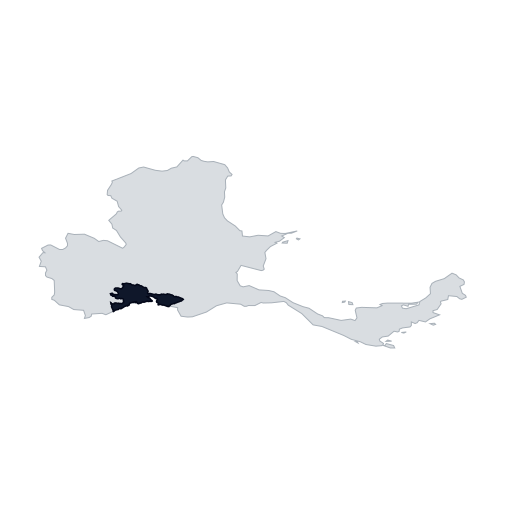 Thailand, with Tak highlighted, rotated 279°
{"feature_id": "THA-404", "entity_name": "Tak", "entity_type": "Province", "adm_level": 1, "iso_a3": "THA", "parent_name": "Thailand", "parent_adm1": "", "projection": "equal_earth", "projection_center": [98.786, 16.488], "detail": "fine", "context": "in_parent", "style": "filled", "palette": "ink", "viewbox_px": 512, "rotation_deg": 279, "n_neighbors": 0, "source": "natural_earth", "source_scale": "10m", "svg_char_len": 9213}
<svg xmlns="http://www.w3.org/2000/svg" viewBox="0 0 512 512"><g transform="rotate(279 256 256)"><path d="M225.9,45.0L226.2,47.0L227.9,44.3L230.0,43.0L234.3,48.9L234.8,51.5L231.7,60.9L232.2,64.1L234.2,66.7L236.6,68.2L239.1,67.8L243.8,65.1L249.0,66.8L248.8,73.1L250.7,83.1L248.2,93.4L245.7,98.4L247.6,102.9L247.8,107.0L242.8,123.0L243.9,124.2L247.0,126.0L248.4,125.4L253.6,119.1L259.4,114.2L261.2,110.1L264.9,108.7L268.2,105.0L275.8,111.5L277.8,112.1L278.8,113.2L279.2,115.8L280.2,116.3L283.3,112.6L288.4,110.3L290.5,104.7L292.9,103.1L292.6,100.4L293.4,99.4L297.6,99.1L304.1,102.0L306.4,102.6L307.5,101.9L317.9,119.7L324.6,126.5L326.3,131.1L324.9,143.1L325.1,149.9L326.6,155.1L329.5,158.7L331.6,163.9L339.3,168.9L338.7,170.2L339.2,173.4L344.1,177.1L344.5,178.4L344.0,183.2L341.8,186.9L341.4,189.9L341.4,193.6L342.7,199.3L341.3,210.9L338.5,214.2L334.8,216.5L332.8,219.6L331.2,218.9L330.5,215.6L326.4,213.9L318.5,215.5L314.5,214.8L309.2,215.9L304.1,215.4L301.0,214.1L292.4,216.6L288.8,218.9L286.2,222.3L282.4,230.8L278.5,236.1L278.5,238.2L273.6,239.5L273.9,246.8L276.8,254.8L277.7,264.8L283.2,271.8L282.2,276.8L282.9,281.6L287.2,292.8L284.1,287.5L283.4,283.9L279.8,278.3L278.6,281.1L274.3,276.9L272.5,272.8L271.9,274.6L267.6,268.8L263.3,265.6L260.9,264.2L254.9,266.3L247.3,264.7L244.3,266.2L243.1,265.2L242.4,263.5L244.4,242.7L237.8,240.1L236.7,238.7L235.3,240.3L228.8,241.2L224.1,245.0L223.5,248.1L225.7,253.9L223.0,264.2L223.9,273.9L223.5,279.3L220.3,286.1L219.4,291.5L215.7,299.8L213.3,310.4L212.7,316.5L208.4,325.9L207.3,331.1L205.8,333.1L206.4,337.3L205.7,350.2L208.5,359.5L207.7,363.9L210.7,365.4L217.9,362.5L220.3,363.2L221.8,368.3L223.7,383.6L226.7,388.3L227.5,386.0L228.9,388.4L230.0,393.0L233.8,417.2L235.8,423.5L233.5,421.9L232.2,414.3L230.1,414.0L230.8,409.2L229.5,407.4L227.4,408.8L227.4,412.6L233.2,424.6L236.7,425.0L241.2,430.3L246.1,434.2L252.3,432.8L256.5,434.1L259.1,437.3L263.1,445.5L269.7,452.3L268.7,456.6L266.1,460.0L264.8,464.5L263.0,465.9L260.5,465.9L257.9,462.1L251.4,465.6L249.9,469.1L248.2,470.1L245.4,466.1L245.6,463.9L247.4,460.7L246.9,452.3L243.0,452.2L240.4,445.9L239.5,445.3L237.7,446.3L231.5,443.3L229.7,439.4L227.8,439.7L226.6,446.5L221.1,437.5L217.4,433.7L217.9,427.0L215.3,425.6L214.2,423.7L215.2,419.7L211.7,420.3L210.0,419.2L207.9,412.0L206.2,409.1L203.9,409.1L203.1,407.7L203.3,404.1L197.6,399.1L195.8,393.4L193.1,390.8L191.4,391.6L189.6,395.6L188.3,395.4L187.1,394.2L185.7,388.5L185.8,378.4L187.6,372.5L188.6,363.2L191.2,355.2L196.7,332.2L196.9,323.2L206.3,310.2L212.5,295.5L214.6,293.3L215.5,290.6L212.2,278.7L210.7,270.5L210.9,268.3L206.9,262.7L205.9,256.3L204.8,254.3L204.5,252.2L206.0,248.4L205.1,234.4L200.7,224.8L192.9,215.8L186.0,202.7L185.0,198.0L184.8,191.4L190.4,187.0L192.7,186.7L193.4,167.0L198.2,163.3L199.3,161.7L199.8,158.4L198.6,156.5L195.5,159.7L194.9,159.0L191.0,147.4L190.1,140.4L174.5,116.9L175.3,112.9L173.0,102.8L170.7,102.6L169.1,100.8L167.5,96.3L170.5,96.8L175.4,94.2L174.6,84.4L176.7,78.8L177.0,69.4L180.7,63.8L181.2,61.1L183.3,60.8L186.0,62.8L188.8,62.8L200.3,60.5L201.8,57.9L202.5,52.8L203.7,51.2L206.3,50.7L209.3,51.7L212.4,49.7L211.8,43.7L217.3,44.7L220.9,41.9L225.9,45.0ZM189.9,398.4L189.1,405.9L186.9,407.4L186.2,403.0L187.5,396.0L188.1,397.6L189.9,398.4ZM225.4,354.5L225.0,358.2L223.1,359.3L222.6,355.3L225.4,354.5ZM273.8,280.1L276.2,285.2L273.5,284.8L272.9,279.8L273.8,280.1ZM216.6,444.1L215.4,441.9L216.4,438.5L217.5,442.7L216.6,444.1ZM193.6,399.2L193.1,403.3L192.0,397.7L193.6,399.2ZM225.5,351.3L224.4,350.9L223.5,348.5L224.8,348.5L225.5,351.3ZM203.2,411.5L204.5,416.3L203.0,414.1L203.2,411.5ZM280.1,293.6L279.8,296.7L278.5,295.4L279.3,293.2L280.1,293.6ZM187.3,369.3L186.0,370.4L187.0,367.6L187.3,369.3Z" fill="#d9dde1" stroke="#a8b0b8" stroke-width="1"/><path d="M192.0,144.0L191.8,143.2L191.7,142.8L191.5,142.6L191.1,142.4L191.0,142.0L191.0,141.5L190.9,141.2L190.7,140.8L190.3,139.8L190.1,139.4L189.7,138.9L189.3,138.6L188.9,138.4L187.8,138.4L187.5,138.2L187.2,137.9L186.9,137.2L187.0,137.1L187.1,136.9L187.1,136.7L186.5,136.7L186.5,136.4L186.6,136.1L186.7,135.8L186.3,135.4L185.5,134.0L185.1,133.6L184.8,133.3L182.9,131.1L182.8,130.8L182.7,130.4L182.8,129.8L182.8,129.5L182.7,129.0L182.4,128.8L182.1,128.7L181.8,128.5L181.5,128.1L181.4,127.7L181.2,126.9L180.7,125.9L180.6,125.5L180.4,125.2L180.2,125.1L179.7,124.8L179.4,124.5L178.8,123.8L179.2,123.4L180.1,123.4L180.4,123.3L180.4,123.2L180.7,122.9L183.0,121.4L183.3,121.3L183.5,121.2L184.3,121.2L184.9,121.3L185.0,121.2L185.4,120.7L185.6,120.4L186.0,120.2L187.3,119.8L187.1,120.3L186.5,120.8L186.4,121.1L186.3,121.6L186.3,122.7L186.3,123.1L186.4,123.3L186.6,123.3L186.9,123.2L187.2,123.3L187.3,123.4L187.7,124.7L187.7,125.2L187.7,125.9L187.5,126.8L187.5,127.0L187.8,127.3L187.9,127.5L187.9,127.9L187.6,128.1L187.5,128.3L187.5,128.5L187.8,128.8L187.8,129.0L188.0,129.9L188.0,130.4L187.9,130.8L187.9,131.0L188.0,131.2L188.2,131.4L188.6,131.6L188.9,131.9L189.2,132.1L189.5,132.5L189.9,132.6L190.1,132.5L190.8,132.0L191.3,132.0L191.6,132.0L192.1,131.8L192.8,131.5L192.9,131.3L193.0,130.7L193.0,130.3L193.0,129.9L192.9,129.7L192.7,129.6L192.5,129.3L192.6,129.1L192.7,128.8L192.8,128.4L192.9,128.0L192.9,127.6L192.8,127.3L192.7,127.2L192.3,126.7L192.2,126.5L192.2,126.3L192.1,125.8L192.2,125.0L192.4,124.2L192.6,124.0L192.6,123.8L192.8,123.7L193.1,123.5L193.7,123.4L193.8,123.4L194.1,122.7L194.2,122.4L194.1,122.2L193.9,121.7L193.9,121.2L193.8,120.9L193.8,120.7L194.3,120.1L194.6,119.8L194.6,119.7L194.6,119.2L194.7,118.8L194.8,118.7L195.0,118.6L195.5,118.4L196.0,118.1L196.6,119.4L196.7,119.7L196.7,120.1L196.5,120.4L196.1,120.5L195.8,120.7L195.7,121.0L195.7,121.4L195.9,121.7L195.7,122.3L195.8,122.7L195.9,123.1L196.0,123.6L196.0,125.4L196.2,125.8L196.7,125.9L197.3,125.9L198.2,125.4L198.3,125.4L198.5,125.3L199.3,124.4L199.4,124.2L199.5,123.6L199.7,123.1L199.8,123.0L199.8,122.5L199.8,122.1L200.1,121.6L200.3,121.4L200.6,121.3L201.4,121.3L201.7,121.5L202.4,122.2L202.4,122.7L202.4,122.9L202.5,123.2L202.7,123.6L202.7,124.0L202.8,125.1L202.8,125.4L202.7,125.7L202.5,126.7L202.4,127.6L202.4,127.9L202.5,128.0L202.8,128.2L203.0,128.7L203.6,129.1L204.0,129.2L204.2,129.3L204.3,129.5L204.5,129.5L204.9,129.5L205.1,129.7L205.7,130.1L205.8,130.1L206.0,129.8L206.4,129.3L206.5,128.9L206.6,128.7L206.8,128.4L207.1,128.2L207.6,128.3L207.9,128.5L208.0,128.8L207.9,129.0L207.9,129.5L207.9,129.8L208.0,130.0L208.1,130.4L208.9,132.3L208.8,135.4L208.9,135.8L209.0,136.1L209.0,136.3L208.9,136.6L208.5,137.1L208.1,138.0L208.1,138.6L208.2,139.4L208.1,140.1L207.9,140.8L207.9,141.1L208.1,141.8L208.6,141.9L208.7,142.0L209.0,142.3L209.3,142.8L209.5,143.0L209.3,143.6L209.2,144.1L209.2,144.8L209.1,145.1L208.9,145.5L208.6,145.8L208.5,146.1L208.5,146.5L208.6,147.1L208.6,147.3L208.5,147.7L208.2,148.3L207.9,149.1L207.7,149.4L207.6,149.5L207.4,150.1L207.4,150.6L207.4,151.0L207.6,151.5L207.6,151.9L207.5,152.3L207.3,152.8L207.0,153.1L206.8,153.2L206.1,153.3L205.9,153.5L205.7,153.8L205.6,154.0L205.3,154.2L205.1,154.4L204.6,154.8L204.3,154.9L203.9,155.0L203.5,154.8L203.3,154.7L202.7,154.8L202.2,154.7L202.0,154.9L201.9,155.2L201.9,155.7L202.1,156.4L202.1,156.5L202.4,156.8L202.4,157.1L202.4,157.8L202.3,158.7L202.3,159.2L202.1,160.4L202.1,160.8L202.2,161.8L202.2,162.2L202.4,162.5L202.6,162.7L202.7,162.9L202.7,163.6L202.6,164.0L202.4,164.5L202.4,164.9L202.7,167.6L202.8,167.8L202.9,168.1L203.1,168.2L203.4,168.2L203.5,168.4L203.6,168.6L203.6,169.0L203.5,169.8L203.5,170.0L203.8,170.3L203.9,170.6L203.9,170.8L203.8,171.3L203.8,172.3L203.9,173.2L204.0,173.4L204.0,173.5L204.3,173.8L204.6,174.0L204.8,174.5L204.7,175.8L204.8,176.5L204.6,177.1L204.5,177.7L204.4,178.0L204.4,179.1L204.4,179.3L204.2,179.6L204.0,180.0L203.8,180.7L203.7,180.8L203.3,181.1L203.1,181.3L203.1,181.5L203.1,182.5L203.5,183.0L203.6,183.4L203.4,183.9L203.3,184.2L203.3,185.4L203.4,185.8L203.4,186.0L203.1,186.6L203.0,186.8L203.0,187.1L202.7,188.4L202.6,189.0L202.5,189.6L202.3,190.2L202.1,190.6L201.7,191.0L200.8,190.0L200.5,189.8L200.0,189.5L199.9,189.4L199.7,188.8L199.5,188.3L198.6,186.9L198.0,185.5L197.7,185.2L197.4,184.9L197.2,184.2L197.1,183.9L196.3,183.1L196.2,182.9L196.4,182.7L194.9,179.5L194.8,179.3L194.5,179.3L194.2,179.0L193.9,178.9L193.7,178.9L193.3,178.3L192.4,177.9L192.3,176.8L192.4,176.1L193.0,173.2L193.1,172.7L192.9,171.5L192.9,170.8L193.2,169.7L193.2,169.2L193.1,168.6L192.5,167.5L192.4,167.1L192.6,166.9L192.9,166.9L193.4,167.2L193.8,167.1L194.0,167.0L194.2,166.8L194.5,166.2L194.7,165.6L194.8,165.2L195.3,164.9L195.7,164.8L197.0,165.1L197.3,165.4L197.5,165.5L197.8,165.5L198.0,165.3L198.5,164.6L198.6,164.3L198.6,163.7L198.6,163.1L198.8,162.5L199.1,162.0L199.7,161.1L199.8,160.6L199.9,159.3L200.1,158.0L200.1,157.5L199.7,156.8L199.2,156.4L198.8,155.9L198.7,154.9L198.3,155.4L198.1,155.8L197.9,157.0L197.6,157.7L196.3,159.1L195.7,160.3L195.3,160.6L194.9,160.2L194.8,159.8L194.5,157.7L194.2,156.9L194.2,156.6L194.4,156.0L194.4,155.7L194.3,155.2L193.0,152.9L192.8,152.6L192.8,152.3L192.9,152.0L192.9,151.7L192.8,151.2L192.5,150.7L191.7,150.0L191.4,149.4L191.3,148.7L191.2,148.3L190.5,147.7L190.5,147.2L190.6,146.6L190.9,146.2L191.2,146.0L191.6,145.8L191.8,145.4L191.9,145.1L191.7,144.9L191.3,144.6L191.2,144.2L191.3,143.8L191.5,143.7L191.7,143.8L192.0,144.0Z" fill="#0f172a" stroke="#020617" stroke-width="1.5"/></g></svg>